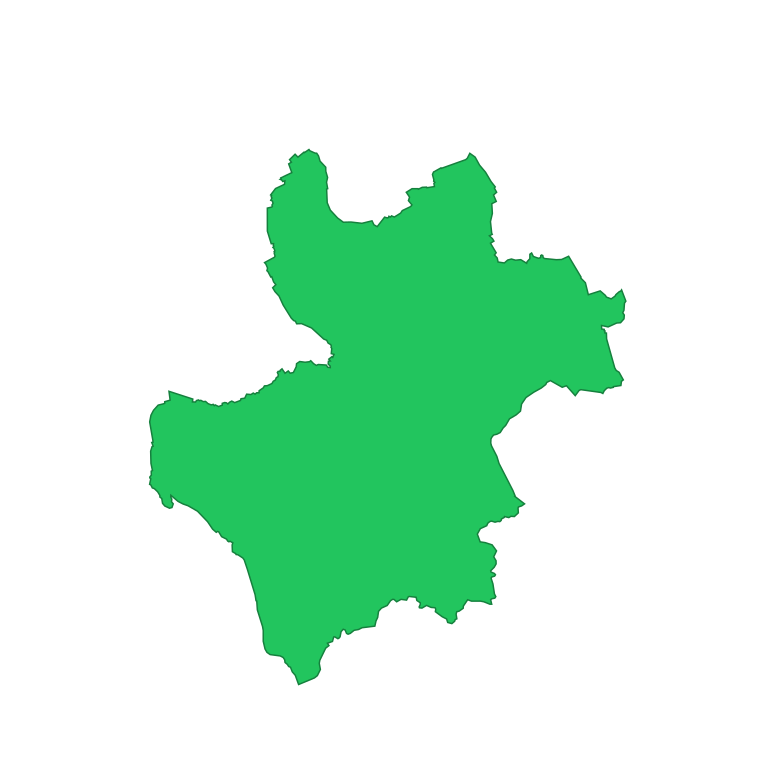 outline of Mueang Phichit, Phichit, Thailand, rotated 243°
{"feature_id": "78962969B35136792725938", "entity_name": "Mueang Phichit", "entity_type": "district", "adm_level": 2, "iso_a3": "THA", "parent_name": "Thailand", "parent_adm1": "Phichit", "projection": "mercator", "projection_center": [100.377, 16.403], "detail": "fine", "context": "isolated", "style": "filled", "palette": "green", "viewbox_px": 768, "rotation_deg": 243, "n_neighbors": 0, "source": "geoboundaries", "source_scale": "gbopen_adm2", "svg_char_len": 6171}
<svg xmlns="http://www.w3.org/2000/svg" viewBox="0 0 768 768"><g transform="rotate(243 384 384)"><path d="M155.0,171.5L153.7,188.6L154.4,192.2L158.5,197.7L164.5,199.5L167.0,201.4L175.1,212.1L175.9,216.2L178.7,215.9L178.0,221.2L181.4,224.3L181.1,225.3L178.0,227.3L178.0,228.5L178.7,230.1L182.8,233.3L184.0,236.3L182.5,237.7L178.8,237.4L177.4,238.4L177.1,240.7L178.1,245.6L176.8,249.9L176.8,253.8L172.4,265.9L176.5,269.3L178.9,272.4L183.9,275.9L185.5,280.0L185.2,286.3L188.0,291.5L188.2,294.0L187.5,295.1L184.2,296.4L184.4,301.4L181.2,306.0L183.3,308.9L183.3,309.9L179.4,315.8L176.2,315.0L172.6,317.0L170.9,316.0L169.4,314.1L168.5,314.0L167.1,316.1L167.4,321.4L163.5,324.6L161.5,327.9L159.9,327.9L157.8,326.4L150.2,330.2L146.2,333.1L142.6,332.5L139.7,335.7L140.5,339.2L141.8,340.5L141.7,342.3L146.3,343.8L148.1,345.5L147.5,347.7L148.2,352.7L150.1,353.9L153.8,360.6L150.8,363.4L146.8,371.3L144.6,374.1L139.7,378.4L138.9,380.0L143.4,381.1L143.7,382.5L142.9,385.5L143.8,387.1L146.8,387.1L156.4,390.3L162.5,391.3L163.1,392.5L162.6,395.3L163.4,396.7L165.0,396.4L167.9,394.0L169.1,394.2L170.7,399.0L172.8,402.2L175.7,403.6L180.2,403.3L184.2,408.5L191.6,407.3L196.7,402.2L199.7,398.0L207.9,399.0L211.4,404.2L211.1,411.2L212.8,413.2L213.4,415.9L213.0,417.6L210.5,420.2L209.9,423.0L208.8,424.7L209.2,426.4L210.4,427.4L210.5,430.5L211.2,431.2L208.3,434.6L208.5,437.0L206.7,440.0L208.2,445.2L212.6,447.1L213.4,448.0L212.9,451.3L213.4,454.8L224.6,449.5L224.8,450.0L230.6,450.5L261.0,450.4L268.3,451.7L280.1,451.7L282.9,452.3L286.4,454.3L287.5,455.7L288.8,458.4L288.0,461.8L288.0,465.5L290.7,470.1L291.9,473.7L296.0,480.0L296.5,487.8L297.9,493.3L303.7,497.5L307.5,504.4L308.7,513.7L309.0,522.2L310.1,527.9L311.5,529.7L311.5,533.8L300.2,541.3L299.6,545.8L286.8,549.1L289.7,554.9L289.6,556.8L278.0,573.4L276.2,574.7L278.0,577.2L279.1,580.6L278.8,582.6L277.6,583.9L276.9,586.8L277.5,587.2L275.1,594.4L278.6,596.8L279.0,599.1L287.7,598.8L290.6,597.1L293.5,596.9L323.1,602.8L328.4,605.3L329.3,604.0L331.0,605.0L331.6,604.4L332.7,605.0L334.2,602.9L337.4,604.4L333.1,609.6L332.7,619.0L331.2,622.6L333.1,627.4L336.3,629.4L339.1,629.1L340.8,631.3L346.9,635.0L348.0,637.1L360.0,638.4L359.2,636.9L359.5,635.7L358.4,631.3L357.4,629.7L356.7,625.1L360.5,621.6L362.4,621.5L368.8,618.9L370.8,606.6L382.8,609.4L389.2,607.4L389.8,608.1L414.0,606.5L414.3,598.8L416.5,594.0L422.9,584.0L424.3,583.2L426.4,583.8L427.4,583.0L427.3,582.0L425.5,580.9L425.9,578.7L429.8,575.0L433.7,575.0L433.4,572.9L429.4,570.8L428.0,567.0L426.8,565.9L432.7,562.3L434.6,557.4L437.5,554.3L438.3,550.5L437.2,546.2L440.9,541.0L444.9,542.1L448.8,541.0L450.0,543.5L461.1,542.8L461.4,546.8L464.3,546.6L468.2,545.2L468.2,548.4L469.4,548.4L480.4,552.6L486.8,558.0L495.7,561.9L495.7,566.9L502.7,567.4L503.7,571.4L508.5,571.3L509.1,572.6L515.8,571.3L526.6,570.6L535.6,568.5L544.8,568.2L550.6,565.2L547.3,560.7L546.8,558.6L550.1,533.0L550.7,532.9L550.4,524.4L548.7,522.3L543.2,521.1L542.2,520.3L540.6,520.9L540.0,519.5L537.0,518.6L539.4,511.3L540.1,511.3L541.9,507.3L542.0,503.0L542.6,503.0L545.3,497.7L544.7,490.9L538.9,491.6L536.3,489.0L530.9,490.2L530.0,488.3L530.2,479.0L528.7,476.4L528.1,469.0L530.4,467.0L529.8,465.7L531.2,464.5L530.3,463.7L530.5,462.3L532.4,460.3L527.3,449.4L530.4,447.3L534.8,447.4L537.2,437.3L543.3,428.1L546.6,421.2L553.0,418.0L563.3,415.1L571.3,415.7L583.8,421.4L583.6,422.5L589.9,424.4L593.6,427.5L599.9,428.7L603.6,430.5L611.6,428.2L617.0,429.2L620.2,428.8L621.0,427.4L625.5,423.8L627.0,423.6L626.3,418.2L626.9,418.0L625.2,410.3L629.1,409.1L626.8,401.7L623.7,402.2L623.4,399.0L614.2,397.8L614.5,385.6L613.5,385.5L613.5,384.4L612.1,385.5L610.4,385.7L610.0,387.9L607.1,386.0L607.4,376.1L603.9,368.8L603.0,369.4L602.1,368.5L600.6,368.6L599.1,366.5L597.8,367.6L595.4,367.2L594.3,365.4L593.0,365.2L592.6,364.4L593.7,359.9L573.2,349.5L560.2,347.2L559.2,349.3L557.8,348.3L556.8,348.4L556.1,347.0L555.0,347.6L552.2,347.2L551.7,346.1L551.1,346.4L550.2,345.5L547.4,345.0L546.7,343.9L546.4,332.7L544.4,333.2L540.2,332.9L538.1,331.1L536.9,331.6L530.7,331.7L530.6,332.7L525.1,332.0L521.6,332.7L520.3,328.5L515.8,328.8L510.0,330.4L500.0,330.0L484.7,331.3L481.6,332.3L480.1,333.6L477.3,333.5L475.2,338.0L466.8,344.9L451.4,350.7L449.0,352.8L445.8,352.8L443.3,354.4L441.7,354.3L440.7,353.4L439.4,353.6L435.0,350.8L433.1,352.9L431.0,350.4L432.0,350.0L431.2,346.1L428.9,346.6L429.5,344.8L427.1,343.3L424.4,344.2L423.0,343.6L424.5,341.4L427.0,341.2L427.5,340.5L431.2,334.3L431.3,332.1L434.1,330.5L438.0,329.3L437.7,327.7L439.2,323.6L442.3,319.1L441.8,315.3L439.2,313.6L435.4,308.5L436.2,305.3L439.1,304.6L438.5,300.7L443.8,300.0L443.3,297.7L442.5,297.0L443.3,295.4L442.7,294.2L440.4,294.1L438.6,292.8L438.6,291.0L436.9,289.0L436.7,286.5L435.3,284.4L435.5,279.3L436.6,276.6L435.4,274.8L434.7,269.7L432.9,268.6L434.0,266.6L433.5,264.5L435.3,263.4L435.0,260.7L437.3,257.0L434.6,253.5L435.8,249.9L434.5,248.6L435.2,242.5L437.9,240.6L437.9,238.2L437.1,235.8L438.7,235.1L439.8,233.7L440.2,231.1L438.6,230.3L439.0,226.4L442.0,224.1L441.8,222.9L443.4,222.6L443.8,220.6L446.4,218.3L449.5,217.1L450.4,214.9L452.6,213.4L452.9,212.0L454.0,211.5L454.4,209.4L453.5,207.9L455.0,205.2L457.4,206.8L475.1,189.1L466.7,186.1L467.8,180.6L466.4,179.9L466.4,178.8L467.7,173.2L465.2,166.7L462.0,162.2L456.6,158.0L438.5,152.4L436.9,151.6L437.3,150.5L433.4,150.1L433.5,148.9L430.1,145.6L419.0,140.3L412.0,138.4L412.0,137.0L408.4,135.3L407.5,133.2L406.7,132.7L405.5,133.2L401.0,129.6L400.0,130.4L396.6,130.4L395.0,131.9L390.7,133.4L386.6,133.7L384.9,133.0L382.9,134.0L378.2,132.5L374.8,133.3L370.7,136.5L370.2,139.0L372.9,141.8L375.5,141.2L377.8,142.7L380.1,142.7L381.6,143.6L372.9,147.2L368.3,150.5L364.4,154.2L355.3,160.1L341.4,164.3L332.5,165.4L328.0,167.2L328.2,168.7L327.4,169.6L321.7,170.0L317.2,173.3L315.1,173.4L313.8,174.2L313.8,175.4L311.2,177.2L309.5,175.6L303.4,172.8L300.3,174.8L299.2,174.8L298.2,176.3L293.1,179.2L290.8,179.6L280.7,178.1L254.8,173.5L249.0,171.6L248.4,172.1L240.2,168.6L223.1,165.7L219.2,164.5L209.6,159.6L201.9,157.7L198.0,157.9L194.6,159.7L188.8,168.1L186.1,170.0L183.4,170.3L180.8,169.4L178.0,170.6L175.6,170.8L174.1,172.1L169.2,171.6L164.7,172.7L155.0,171.5Z" fill="#22c55e" stroke="#15803d" stroke-width="1.5"/></g></svg>